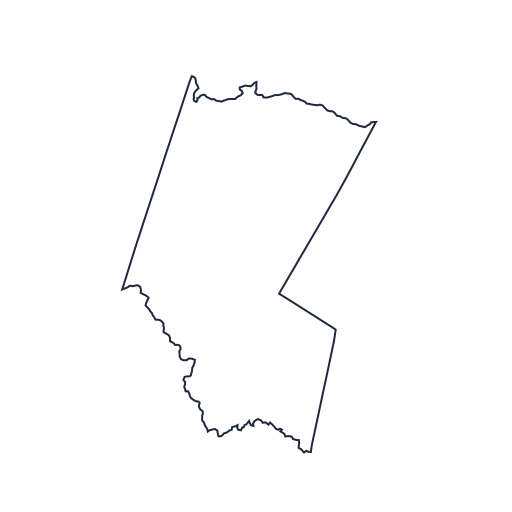 Anagé, Bahia, Brazil, rotated 300°
{"feature_id": "56859067B63305448171139", "entity_name": "Anagé", "entity_type": "district", "adm_level": 2, "iso_a3": "BRA", "parent_name": "Brazil", "parent_adm1": "Bahia", "projection": "orthographic", "projection_center": [-40.955, -14.609], "detail": "fine", "context": "isolated", "style": "outline", "palette": "slate", "viewbox_px": 512, "rotation_deg": 300, "n_neighbors": 0, "source": "geoboundaries", "source_scale": "gbopen_adm2", "svg_char_len": 3757}
<svg xmlns="http://www.w3.org/2000/svg" viewBox="0 0 512 512"><g transform="rotate(300 256 256)"><path d="M406.9,169.4L404.8,167.9L402.2,167.4L400.3,166.5L399.1,163.7L398.2,161.4L396.3,159.9L393.8,157.6L392.0,158.8L391.9,161.3L390.4,163.1L387.5,162.4L385.2,160.7L383.3,160.0L381.6,159.5L380.6,157.9L379.3,155.5L377.5,153.0L375.8,151.6L373.9,149.9L372.4,148.9L371.9,147.1L371.1,145.4L370.6,143.0L371.0,141.2L369.6,139.6L369.2,136.0L369.1,133.1L370.0,131.2L368.9,129.2L366.9,127.8L365.0,127.6L363.4,126.3L361.9,127.4L359.7,127.3L359.4,124.9L360.6,123.5L362.4,123.2L363.6,122.0L365.9,121.1L368.8,121.2L372.5,122.3L374.2,120.3L375.5,117.9L377.9,116.0L379.7,114.4L379.9,112.4L379.7,110.5L374.5,111.2L356.5,115.0L339.4,118.6L319.4,122.7L313.9,123.9L301.2,126.5L284.9,130.0L278.4,131.4L225.4,142.5L221.8,143.3L219.0,143.9L217.0,144.3L212.8,145.2L206.6,146.5L200.5,147.8L160.1,156.9L161.8,158.1L163.4,159.6L165.0,160.6L167.3,161.7L168.1,164.2L169.4,165.6L170.7,167.0L171.6,168.7L171.4,171.0L169.7,172.9L168.3,173.7L166.4,174.6L166.5,177.2L166.7,179.8L166.6,182.2L166.0,184.0L164.4,184.2L162.4,184.1L159.9,184.5L157.9,185.1L157.3,187.3L156.4,190.2L155.4,191.8L154.5,194.4L152.9,196.5L151.9,198.9L150.6,200.8L152.1,203.5L152.5,205.8L152.0,207.6L151.2,209.7L149.4,210.5L147.6,212.4L145.3,213.2L143.9,214.1L143.9,217.0L143.8,220.3L141.9,222.7L139.2,224.1L139.3,226.1L139.4,228.2L138.5,230.4L139.7,232.3L140.3,234.2L139.5,235.9L137.8,237.2L135.2,237.2L133.6,238.3L132.2,239.3L130.6,240.3L129.2,242.6L129.4,245.2L131.1,248.1L133.4,248.9L134.9,251.4L135.5,255.0L133.2,256.0L130.5,256.6L127.4,256.7L125.0,257.8L123.4,258.4L121.7,258.7L119.8,259.3L118.2,258.2L117.0,256.0L115.6,254.7L112.5,255.0L111.3,257.8L108.9,258.8L106.7,259.3L105.1,261.4L103.6,262.7L104.9,264.8L103.2,267.3L101.5,269.0L100.5,270.8L100.2,273.0L100.1,275.0L100.3,277.0L101.2,279.0L100.6,280.7L98.7,281.0L97.0,282.0L95.3,284.3L95.0,287.1L93.3,288.7L91.2,289.1L89.3,290.0L86.8,291.5L85.6,294.4L83.9,296.3L82.7,298.5L81.5,300.6L79.9,302.0L81.8,302.9L83.1,304.1L84.4,305.5L85.6,307.0L85.5,309.8L82.6,312.1L81.1,313.7L82.5,315.9L84.6,316.6L86.7,317.1L88.1,318.7L89.9,319.6L91.6,320.3L93.4,321.8L95.8,320.9L97.1,322.0L98.5,323.5L100.3,324.6L98.1,325.5L96.6,327.4L97.5,330.1L100.4,329.8L101.7,331.0L103.7,330.6L105.3,331.8L107.1,332.1L109.7,332.5L108.1,334.4L106.9,336.4L107.5,338.7L109.3,337.3L111.8,337.2L113.7,337.9L115.8,339.3L116.1,342.5L115.0,345.3L116.7,347.4L116.2,351.2L118.8,351.4L118.4,353.5L117.5,356.8L116.3,359.6L116.7,362.2L118.5,363.1L118.5,365.2L116.3,364.8L116.3,367.2L116.1,369.7L114.3,371.7L115.7,373.2L117.0,375.6L117.3,377.6L116.0,379.5L116.8,382.8L118.0,385.2L115.4,387.0L112.8,388.0L111.0,389.1L111.3,391.2L110.5,393.8L109.8,395.9L112.4,396.9L112.6,399.2L113.7,401.5L120.1,398.9L149.2,389.5L169.8,382.8L176.9,380.5L186.3,377.5L221.5,366.0L232.0,361.9L232.3,359.2L234.5,307.3L234.9,294.8L237.2,294.8L293.3,295.1L324.5,295.3L337.9,295.3L347.8,295.4L355.5,295.3L369.9,295.0L376.2,294.8L382.3,294.6L384.6,294.5L394.3,294.1L413.2,293.5L428.0,293.0L432.1,292.9L429.4,288.9L427.1,288.7L424.7,287.2L422.1,286.0L421.5,284.1L420.9,282.2L420.2,279.5L420.1,276.6L418.8,274.0L418.7,271.1L419.7,268.1L420.2,266.3L420.0,264.3L418.9,262.1L419.0,258.7L417.9,256.3L418.6,254.2L419.5,251.9L419.4,249.5L418.2,247.2L417.7,244.9L418.8,240.9L419.7,238.4L418.9,235.4L417.6,234.4L416.4,231.8L415.1,228.7L414.3,225.9L413.3,223.6L414.0,222.0L413.9,219.1L413.3,216.6L413.4,214.2L411.9,211.6L412.6,209.1L413.8,206.1L413.7,204.3L412.7,202.6L411.6,199.6L410.2,198.4L407.9,196.4L406.4,194.6L404.9,192.0L402.8,190.3L400.1,187.7L398.4,185.9L397.1,183.1L398.6,180.9L397.2,178.6L396.3,176.7L396.9,173.8L398.6,173.2L400.9,172.9L402.9,171.5L405.2,170.4L406.9,169.4Z" fill="none" stroke="#1e293b" stroke-width="2"/></g></svg>